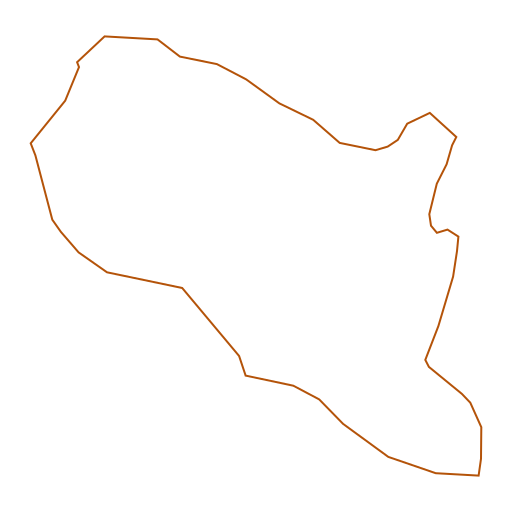 the Municipality of Hrpelje-Kozina
{"feature_id": "SVN-1026", "entity_name": "Hrpelje-Kozina", "entity_type": "Municipality", "adm_level": 1, "iso_a3": "SVN", "parent_name": "Slovenia", "parent_adm1": "", "projection": "orthographic", "projection_center": [14.024, 45.558], "detail": "fine", "context": "isolated", "style": "outline", "palette": "amber", "viewbox_px": 512, "rotation_deg": 0, "n_neighbors": 0, "source": "natural_earth", "source_scale": "10m", "svg_char_len": 735}
<svg xmlns="http://www.w3.org/2000/svg" viewBox="0 0 512 512"><path d="M30.7,143.3L65.2,100.7L79.0,67.1L77.1,62.2L104.6,36.4L157.5,39.4L179.9,56.6L216.9,64.1L246.2,79.4L279.4,103.4L313.2,119.8L339.7,142.9L375.5,150.2L387.7,146.6L397.8,139.9L407.2,123.7L429.8,112.9L456.3,137.0L452.1,145.3L446.6,164.3L436.8,183.7L429.3,214.2L431.0,225.7L436.9,232.8L447.5,229.6L458.4,236.6L457.0,251.1L453.1,276.6L438.4,326.0L425.3,359.9L428.9,366.9L461.9,393.9L470.3,402.7L481.3,427.2L481.0,458.8L478.7,475.0L478.6,475.6L435.7,473.2L388.3,456.9L343.1,423.9L319.2,399.4L293.3,385.7L245.6,375.6L245.5,375.2L239.1,356.0L182.2,288.0L107.0,272.3L78.6,252.4L60.9,231.9L52.3,219.7L35.4,155.4L30.7,143.3Z" fill="none" stroke="#b45309" stroke-width="2"/></svg>